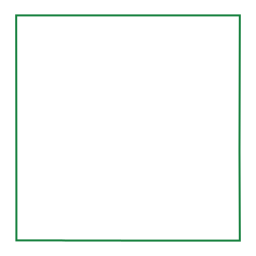 the district of Barton, Kansas, United States of America
{"feature_id": "52423323B76483711155183", "entity_name": "Barton", "entity_type": "district", "adm_level": 2, "iso_a3": "USA", "parent_name": "United States of America", "parent_adm1": "Kansas", "projection": "mercator", "projection_center": [-98.777, 38.479], "detail": "fine", "context": "isolated", "style": "outline", "palette": "green", "viewbox_px": 256, "rotation_deg": 0, "n_neighbors": 0, "source": "geoboundaries", "source_scale": "gbopen_adm2", "svg_char_len": 273}
<svg xmlns="http://www.w3.org/2000/svg" viewBox="0 0 256 256"><path d="M16.4,195.5L16.4,240.4L20.4,240.4L61.1,240.4L64.8,240.5L150.5,240.6L239.8,240.6L239.5,151.0L239.6,106.0L239.8,15.4L237.3,15.4L16.2,15.4L16.4,195.5Z" fill="none" stroke="#15803d" stroke-width="2"/></svg>